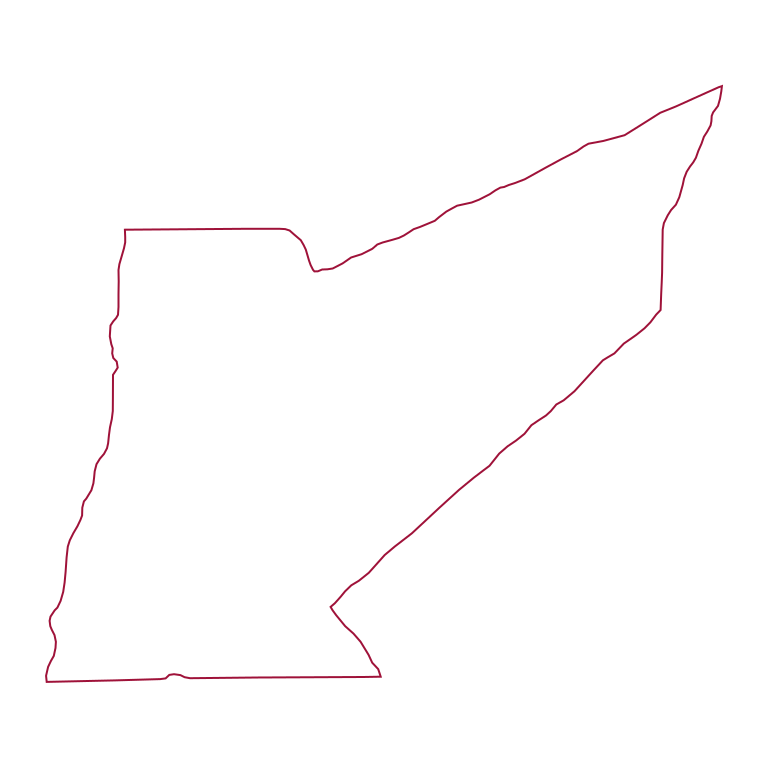 Okano, Wouleu-Ntem, Gabon
{"feature_id": "22940354B24104320747688", "entity_name": "Okano", "entity_type": "district", "adm_level": 2, "iso_a3": "GAB", "parent_name": "Gabon", "parent_adm1": "Wouleu-Ntem", "projection": "equal_earth", "projection_center": [11.511, 0.744], "detail": "fine", "context": "isolated", "style": "outline", "palette": "rose", "viewbox_px": 768, "rotation_deg": 0, "n_neighbors": 0, "source": "geoboundaries", "source_scale": "gbopen_adm2", "svg_char_len": 2641}
<svg xmlns="http://www.w3.org/2000/svg" viewBox="0 0 768 768"><path d="M46.1,676.1L46.7,681.9L114.7,680.4L160.2,679.1L165.6,678.4L169.3,674.9L174.0,674.2L180.4,675.1L184.6,677.2L190.0,678.2L258.0,677.5L363.3,677.0L380.7,676.7L380.0,674.5L378.2,669.1L372.2,662.7L368.6,654.9L360.6,641.8L353.5,633.6L345.2,626.2L336.1,615.1L332.6,610.3L330.6,606.9L334.9,603.2L340.6,596.8L345.1,591.3L351.3,585.3L358.8,580.8L368.8,572.8L384.7,555.0L394.8,546.5L411.9,533.3L439.3,507.8L459.1,489.8L473.8,477.7L483.5,470.3L489.5,465.8L496.2,457.4L499.2,453.6L507.6,446.3L516.0,440.6L524.5,433.8L531.4,425.2L538.6,420.3L546.0,415.5L550.8,411.1L556.3,404.5L563.7,400.3L574.5,391.2L593.3,370.6L602.9,360.3L608.1,357.1L614.4,353.4L623.8,343.6L636.0,335.1L644.5,328.3L650.4,322.3L656.2,314.6L660.6,310.0L661.2,293.6L661.7,282.8L662.1,272.8L662.3,255.1L662.7,229.5L663.9,223.1L667.8,215.2L671.1,210.0L675.9,204.7L679.3,197.2L682.7,185.0L684.1,178.4L686.7,171.7L690.1,166.4L693.2,162.4L695.9,157.8L698.4,150.7L701.5,143.7L703.9,136.8L707.3,131.5L710.6,125.4L711.4,121.2L711.7,115.9L713.1,112.4L718.0,105.9L720.0,98.8L721.3,91.3L721.9,86.1L718.7,87.2L707.3,92.3L693.3,98.6L675.8,106.5L660.2,112.8L643.0,123.7L624.6,135.2L603.1,141.0L588.5,143.7L583.5,146.5L577.0,151.1L560.9,159.4L545.6,167.7L524.7,179.3L514.8,183.1L508.8,185.0L504.1,187.0L500.4,187.6L495.5,190.3L489.6,194.3L479.0,199.7L471.7,202.5L464.0,204.2L457.1,205.7L451.9,208.5L446.3,211.6L439.0,217.2L434.8,220.8L426.4,224.3L420.1,226.9L413.6,229.2L408.8,232.4L403.9,235.5L398.9,237.9L392.4,239.8L382.6,242.5L377.3,244.5L372.3,248.8L361.6,254.2L351.1,257.5L342.6,263.4L332.7,268.5L327.4,269.3L322.2,269.5L317.9,271.3L314.4,271.4L313.0,269.8L310.6,265.0L309.0,260.5L307.6,255.7L305.8,249.6L303.6,245.0L300.8,240.2L294.0,234.4L289.6,230.5L285.2,229.1L279.6,228.8L275.4,228.8L273.6,228.8L245.3,228.8L151.7,229.5L124.9,229.7L125.2,237.1L125.2,242.4L124.0,248.2L121.7,256.2L119.4,264.1L118.5,270.0L118.7,281.4L118.5,294.1L118.5,307.0L118.0,314.8L116.1,318.1L113.2,321.4L110.5,325.5L109.8,336.4L111.3,344.2L112.7,348.3L112.2,353.4L113.3,358.0L116.7,361.6L117.7,367.6L115.7,370.8L113.0,374.8L112.9,398.2L112.8,411.0L111.8,419.1L110.0,427.3L109.0,434.8L108.1,443.4L107.0,448.3L104.0,453.9L99.9,458.7L96.5,464.2L94.7,471.3L94.1,477.6L93.4,483.3L91.4,490.2L86.3,498.6L83.9,501.4L82.3,507.7L82.1,515.5L80.4,520.0L77.4,526.3L73.4,533.1L69.8,540.3L67.8,546.6L66.6,557.4L65.6,571.9L64.6,582.6L63.2,591.9L60.6,600.9L57.4,607.6L54.7,610.3L50.5,616.6L49.6,620.8L50.3,626.2L51.8,629.8L54.5,635.1L55.9,641.8L55.5,648.0L53.8,655.9L50.9,661.0L48.1,666.9L46.1,675.6L46.1,676.1Z" fill="none" stroke="#9f1239" stroke-width="2"/></svg>